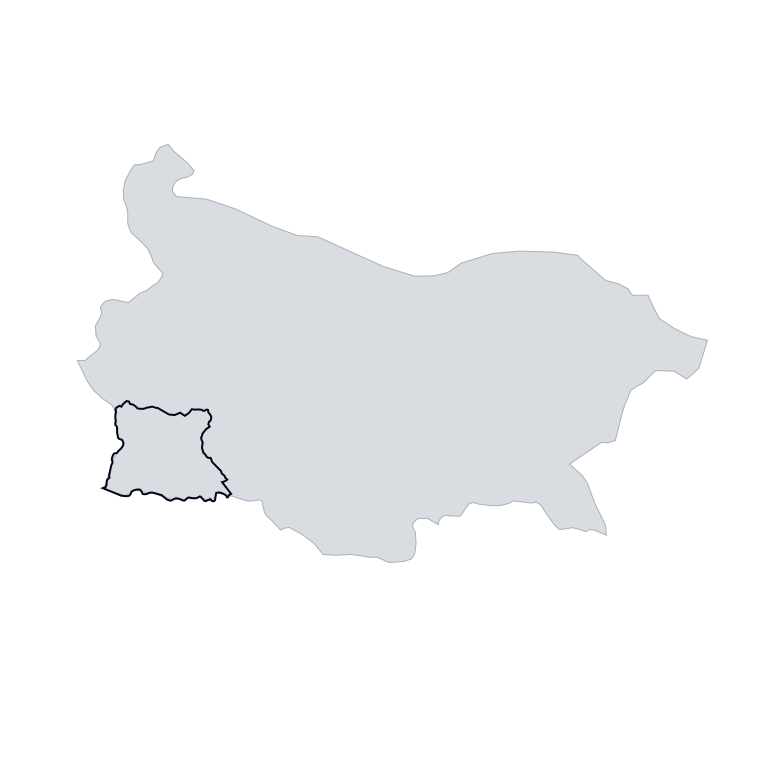 where Blagoevgrad sits in Bulgaria, rotated 14°
{"feature_id": "BGR-3002", "entity_name": "Blagoevgrad", "entity_type": "Province", "adm_level": 1, "iso_a3": "BGR", "parent_name": "Bulgaria", "parent_adm1": "", "projection": "robinson", "projection_center": [23.441, 41.745], "detail": "fine", "context": "in_parent", "style": "outline", "palette": "ink", "viewbox_px": 768, "rotation_deg": 14, "n_neighbors": 0, "source": "natural_earth", "source_scale": "10m", "svg_char_len": 4463}
<svg xmlns="http://www.w3.org/2000/svg" viewBox="0 0 768 768"><g transform="rotate(14 384 384)"><path d="M636.4,476.9L623.0,474.8L618.4,475.4L615.5,478.4L609.4,477.8L601.7,477.8L593.8,481.2L589.4,482.7L583.5,479.5L572.4,470.1L565.6,463.6L560.6,461.9L555.6,463.9L537.9,466.1L533.7,469.9L525.6,474.1L517.3,476.1L505.5,477.6L499.2,477.4L495.7,479.4L492.9,485.6L491.0,491.6L489.2,494.1L474.5,497.0L471.3,500.5L470.4,503.9L470.7,507.3L458.9,504.0L449.8,506.2L447.6,508.8L445.8,512.5L446.9,516.5L450.3,520.3L453.6,530.7L454.9,541.2L453.0,547.1L446.3,551.3L432.2,556.0L418.6,553.7L412.6,555.6L402.5,556.2L393.3,557.4L379.0,561.7L366.2,564.2L354.5,555.5L340.7,549.6L326.3,546.1L321.3,548.6L319.1,550.7L307.0,543.0L301.6,540.2L298.9,537.3L293.9,527.0L290.9,526.7L280.9,530.5L271.4,530.3L265.6,529.6L248.4,530.1L246.2,537.1L244.1,538.1L240.4,539.1L231.2,538.6L219.6,543.8L207.1,547.0L197.3,547.1L187.2,545.5L181.2,546.6L168.2,547.2L160.0,554.8L147.1,554.3L136.3,553.0L137.7,550.7L139.9,520.6L145.3,507.2L145.1,504.5L143.9,502.4L139.2,500.2L135.8,493.0L128.8,473.9L124.8,470.1L113.7,466.0L103.9,460.5L95.7,453.3L80.7,435.4L88.3,433.6L90.6,429.9L98.3,420.1L99.2,415.2L98.4,412.5L93.3,407.8L89.9,397.4L92.5,387.8L92.8,382.8L90.2,377.9L93.0,371.7L98.4,368.4L101.9,367.4L116.3,366.8L125.5,354.5L131.1,350.6L136.8,343.6L139.4,341.1L141.9,335.7L142.8,330.2L131.4,322.4L127.5,316.6L122.5,310.2L115.6,305.7L101.8,298.1L96.5,290.3L94.1,280.3L90.4,272.7L86.4,267.7L85.7,263.7L84.0,258.7L83.7,249.0L87.0,236.1L89.1,231.5L93.8,230.3L106.3,223.4L106.9,214.5L109.1,209.1L113.1,205.9L116.8,203.8L123.5,208.9L140.0,217.1L148.0,223.0L147.6,226.7L143.8,230.4L136.7,234.0L132.5,238.7L131.3,244.6L132.4,248.7L137.4,252.3L167.0,247.6L197.1,250.0L237.5,258.1L264.3,260.9L284.0,257.2L320.7,263.9L354.9,270.2L387.7,272.0L406.0,267.1L418.8,260.5L429.7,248.0L456.9,231.5L483.3,222.3L517.9,214.8L541.0,212.3L544.4,214.8L574.1,230.0L587.3,230.0L598.0,232.7L601.9,236.7L604.6,237.7L618.7,233.9L625.1,242.2L635.2,253.8L652.0,259.8L666.9,263.1L671.6,263.7L687.3,263.4L685.7,292.4L676.7,305.9L662.4,301.4L644.4,305.2L635.1,320.5L629.8,325.0L625.0,330.4L622.2,350.3L622.1,382.9L615.3,386.9L609.1,388.1L583.3,416.8L598.6,424.9L605.4,431.0L616.9,448.1L633.0,467.4L636.4,476.9Z" fill="#d9dde1" stroke="#a8b0b8" stroke-width="1"/><path d="M136.4,553.1L138.8,551.4L139.2,549.2L138.7,546.6L138.5,544.1L138.8,543.3L139.9,542.0L140.2,541.5L140.1,540.8L139.5,539.5L139.4,539.0L139.1,530.5L139.1,528.7L139.5,526.7L139.6,526.0L139.4,525.2L138.5,523.8L138.2,523.2L138.0,521.5L138.1,519.8L138.4,518.1L138.9,516.8L139.4,516.4L140.9,515.9L141.4,515.6L141.8,515.0L142.4,513.3L143.3,512.0L144.6,510.1L145.6,507.3L145.6,504.5L143.8,501.9L142.8,501.5L140.5,501.4L139.4,500.9L138.8,500.0L136.7,495.5L135.7,491.4L135.1,490.0L134.6,489.5L133.5,488.9L133.2,488.6L132.8,487.6L132.8,485.8L132.7,484.9L131.6,482.2L130.9,479.4L130.8,476.5L130.5,475.2L129.8,473.9L129.7,473.9L129.7,472.3L130.9,470.8L132.6,469.2L134.7,469.5L135.4,467.1L138.3,462.8L140.8,462.7L142.5,464.9L145.3,464.7L148.2,465.7L150.7,467.3L153.8,467.0L156.8,466.2L159.6,464.4L164.4,462.1L166.6,462.1L168.4,462.3L170.3,462.0L182.7,465.6L188.3,464.8L193.1,461.2L198.4,463.0L201.7,459.4L203.6,455.0L207.3,454.5L209.9,453.6L213.2,453.1L215.1,453.8L216.9,453.0L218.0,451.7L219.5,451.8L220.5,454.1L222.4,455.5L224.1,457.2L224.7,459.6L224.5,461.6L223.3,463.0L223.3,465.6L225.2,467.7L222.4,470.7L219.9,476.0L220.0,478.4L219.5,480.4L220.7,482.6L222.2,484.5L222.8,489.9L225.4,494.4L227.8,495.8L229.9,497.8L231.6,498.1L233.6,497.6L234.8,499.1L235.8,501.0L247.0,508.0L248.2,510.1L250.0,510.9L251.4,511.6L252.4,513.1L255.0,514.7L253.1,516.9L250.6,518.4L262.3,527.6L262.2,527.7L260.8,528.8L260.4,529.6L260.0,531.5L259.7,531.9L258.9,531.9L258.5,531.4L258.1,530.7L257.3,530.1L254.4,529.3L250.5,529.0L247.6,530.2L247.8,534.1L248.1,536.8L248.1,537.8L247.5,538.7L246.4,539.2L245.2,539.0L243.0,537.7L242.7,538.5L242.2,538.8L241.7,538.9L241.1,539.3L239.5,540.8L238.0,540.8L233.4,537.7L232.6,537.6L230.0,539.9L228.4,540.6L226.3,541.1L224.3,541.3L222.5,541.2L221.0,541.9L218.8,545.3L217.2,545.7L214.0,545.0L210.7,545.0L208.8,545.7L206.4,548.0L206.1,548.1L204.9,548.9L201.6,548.7L195.1,545.6L185.4,545.4L183.5,545.9L180.5,548.0L178.8,548.8L176.7,549.1L175.7,548.2L174.7,546.8L172.9,545.6L171.2,545.7L168.9,546.6L166.7,547.9L165.3,549.2L164.9,550.1L164.8,552.3L164.2,553.4L163.4,554.3L162.3,554.8L160.1,555.4L155.9,555.9L136.4,553.1Z" fill="none" stroke="#020617" stroke-width="2"/></g></svg>